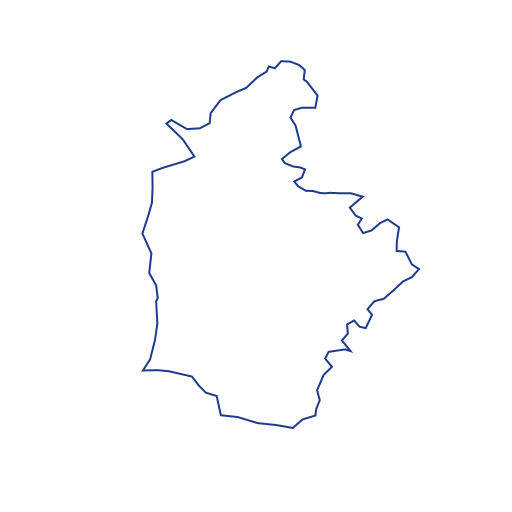 the district of Drymou, Paphos, Cyprus, rotated 138°
{"feature_id": "46923920B67482680261453", "entity_name": "Drymou", "entity_type": "district", "adm_level": 2, "iso_a3": "CYP", "parent_name": "Cyprus", "parent_adm1": "Paphos", "projection": "robinson", "projection_center": [32.5, 34.923], "detail": "fine", "context": "isolated", "style": "outline", "palette": "blue", "viewbox_px": 512, "rotation_deg": 138, "n_neighbors": 0, "source": "geoboundaries", "source_scale": "gbopen_adm2", "svg_char_len": 1555}
<svg xmlns="http://www.w3.org/2000/svg" viewBox="0 0 512 512"><g transform="rotate(138 256 256)"><path d="M143.6,137.2L145.8,145.4L142.1,159.2L148.1,165.7L141.6,172.6L130.5,181.6L133.8,195.2L141.6,197.4L153.1,197.7L161.1,201.4L159.4,211.1L152.3,213.1L154.9,219.3L153.9,229.2L137.0,228.7L143.6,239.2L151.8,246.6L158.6,253.3L162.9,256.5L166.2,260.0L170.4,266.5L175.2,270.9L178.0,279.4L177.7,285.8L169.4,283.6L161.6,287.6L164.1,292.5L168.4,297.5L172.4,305.7L171.9,310.7L161.1,310.2L149.3,307.4L143.3,318.8L139.3,326.5L137.8,335.7L130.0,339.0L122.7,335.5L112.7,326.5L102.9,334.0L101.6,351.4L102.4,355.3L95.3,361.6L96.1,369.0L100.4,377.4L106.9,383.9L116.4,382.9L119.7,388.2L124.7,386.0L135.7,387.9L150.7,387.5L160.8,391.0L178.1,395.6L194.1,392.5L201.6,385.7L212.3,388.5L222.4,396.5L228.0,413.9L233.2,414.2L234.0,414.3L233.0,401.8L232.4,391.6L235.2,371.1L245.6,374.2L266.7,384.1L276.7,387.9L287.4,375.7L297.7,365.2L309.7,357.7L325.4,348.7L332.0,327.9L346.7,314.9L349.9,300.9L357.1,290.6L360.6,289.1L374.4,271.9L387.2,261.2L396.6,254.9L403.9,250.0L416.7,246.6L405.4,236.9L397.5,228.2L391.1,219.0L384.3,209.3L385.2,198.1L384.7,187.9L378.9,178.2L388.7,161.2L377.4,148.6L366.6,130.7L354.3,117.1L343.7,103.6L330.8,103.4L318.6,97.7L313.6,102.0L305.1,106.2L300.4,115.4L285.1,122.4L273.7,122.8L273.3,133.4L266.2,136.2L252.3,127.0L249.4,122.1L248.7,135.8L239.7,136.9L234.2,144.1L226.2,142.5L226.4,134.2L222.8,129.0L209.1,134.6L208.8,141.8L198.3,143.2L189.7,138.7L178.2,138.5L163.6,138.7L154.5,136.0L143.6,137.2Z" fill="none" stroke="#1e3a8a" stroke-width="2"/></g></svg>